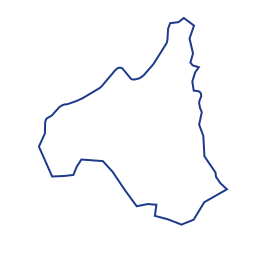 an SVG outline of Cheshire West and Chester, rotated 83°
{"feature_id": "GBR-5707", "entity_name": "Cheshire West and Chester", "entity_type": "Unitary Authority", "adm_level": 1, "iso_a3": "GBR", "parent_name": "United Kingdom", "parent_adm1": "", "projection": "mercator", "projection_center": [-2.803, 53.149], "detail": "fine", "context": "isolated", "style": "outline", "palette": "blue", "viewbox_px": 256, "rotation_deg": 83, "n_neighbors": 0, "source": "natural_earth", "source_scale": "10m", "svg_char_len": 1011}
<svg xmlns="http://www.w3.org/2000/svg" viewBox="0 0 256 256"><g transform="rotate(83 128 128)"><path d="M67.2,130.2L67.1,129.0L67.5,127.3L68.5,126.1L79.6,119.0L80.4,117.5L80.7,115.2L80.1,110.9L78.8,108.0L77.5,105.9L67.6,94.9L48.4,79.3L45.6,78.2L34.4,76.1L29.1,73.4L29.1,65.0L25.6,59.2L34.4,50.0L46.7,56.0L61.9,54.4L70.7,58.1L73.7,56.2L75.7,51.7L76.3,50.3L81.0,54.6L89.7,58.5L98.9,58.2L99.2,57.1L99.6,55.0L100.6,52.7L102.8,51.3L105.5,51.5L110.0,53.9L112.2,54.4L117.1,54.0L121.3,52.8L133.3,57.0L145.1,54.2L165.4,55.6L182.8,46.6L187.2,46.6L194.1,43.0L200.9,37.3L210.9,61.3L227.0,74.0L230.4,86.7L223.6,99.3L218.5,112.0L207.6,109.2L205.9,117.7L206.7,128.9L189.0,138.8L169.6,148.6L157.8,157.0L153.6,178.1L160.3,183.7L167.9,187.9L167.9,196.3L166.9,209.2L135.6,218.7L123.4,211.2L112.2,209.5L110.0,208.6L108.5,207.3L106.3,202.1L98.9,193.6L97.5,190.7L96.9,188.2L97.0,186.3L96.8,184.4L94.9,175.7L92.8,169.2L84.9,151.3L83.4,149.1L68.8,133.3L67.2,130.6L67.2,130.2Z" fill="none" stroke="#1e3a8a" stroke-width="2"/></g></svg>